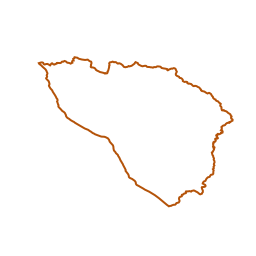 outline of Contralmirante Villar, Tumbes, Peru, rotated 282°
{"feature_id": "86281439B49517942967283", "entity_name": "Contralmirante Villar", "entity_type": "district", "adm_level": 2, "iso_a3": "PER", "parent_name": "Peru", "parent_adm1": "Tumbes", "projection": "equal_earth", "projection_center": [-80.726, -3.926], "detail": "fine", "context": "isolated", "style": "outline", "palette": "amber", "viewbox_px": 256, "rotation_deg": 282, "n_neighbors": 0, "source": "geoboundaries", "source_scale": "gbopen_adm2", "svg_char_len": 5896}
<svg xmlns="http://www.w3.org/2000/svg" viewBox="0 0 256 256"><g transform="rotate(282 128 128)"><path d="M156.9,228.7L157.9,228.6L158.1,228.4L158.7,227.1L159.1,226.8L159.9,226.6L160.6,227.0L160.8,226.9L161.0,226.8L161.5,225.9L162.4,225.5L162.6,225.3L163.0,224.5L163.5,222.9L164.5,221.3L164.8,220.2L164.9,218.6L165.4,218.0L165.3,217.5L164.9,217.2L164.9,216.2L166.3,215.4L167.7,215.1L168.2,214.7L168.7,213.8L169.0,213.6L169.6,213.5L170.9,213.7L171.2,213.2L171.8,211.7L172.7,210.7L173.0,208.8L173.3,208.3L174.1,207.7L174.1,206.7L174.9,205.4L175.3,204.9L176.2,204.5L177.0,203.3L178.4,202.2L179.2,200.4L179.2,199.9L178.3,198.6L178.8,196.9L179.5,195.2L179.6,192.3L179.9,192.1L180.1,191.6L180.5,191.6L180.9,191.3L181.1,190.7L182.0,189.8L182.4,189.2L182.7,187.6L183.2,186.4L183.2,184.7L182.7,183.9L182.6,183.2L183.0,182.4L184.1,180.7L184.2,178.8L183.9,178.0L184.2,176.8L185.0,176.6L185.2,176.4L185.3,175.7L185.3,175.0L184.9,174.0L184.8,173.6L185.3,171.9L186.6,171.5L187.4,170.5L187.8,169.6L187.8,168.1L188.1,167.7L188.7,167.3L189.2,164.9L189.8,163.9L190.4,163.6L191.2,163.5L192.8,164.0L193.4,164.0L193.9,163.4L195.7,162.2L196.1,161.2L196.0,160.1L195.2,159.0L195.1,157.9L194.5,157.2L194.0,156.2L193.1,155.5L192.7,154.9L192.8,154.5L193.4,154.4L193.8,154.0L193.8,151.7L193.7,151.1L193.7,148.4L194.6,147.2L194.7,146.5L194.5,144.4L194.3,143.7L193.3,142.6L193.0,140.8L192.3,140.0L192.2,139.7L192.3,138.8L192.1,137.6L192.1,136.5L191.8,134.2L191.9,133.7L192.5,132.8L192.5,132.3L192.3,131.4L191.4,129.4L191.4,129.0L191.6,127.6L192.3,125.1L192.5,124.8L193.5,124.1L194.0,121.7L193.4,121.3L192.3,121.0L189.6,118.6L188.6,116.7L188.7,115.7L187.8,114.9L186.9,112.8L186.9,111.7L187.0,111.2L187.4,110.7L188.3,109.7L189.3,107.5L189.5,105.8L189.3,105.4L189.0,105.1L188.9,104.4L189.8,102.7L189.8,101.5L189.4,100.7L189.7,99.4L189.7,99.1L189.1,98.3L188.4,96.6L187.9,96.3L187.0,96.2L186.2,96.7L185.3,96.9L184.8,96.6L183.6,96.9L179.7,96.7L179.0,96.2L178.2,96.5L177.7,96.4L177.2,96.2L176.7,94.9L177.0,94.6L176.8,94.1L176.6,93.9L176.5,93.7L176.8,93.3L176.9,90.9L176.9,89.0L177.5,87.0L177.6,86.0L178.1,85.1L178.2,84.5L179.3,83.6L179.8,82.3L179.9,80.9L179.7,79.6L179.9,79.0L180.2,78.8L181.7,78.8L182.1,78.6L182.7,78.7L183.0,78.8L183.9,78.8L184.7,78.5L185.2,78.1L185.4,76.6L186.5,74.4L185.8,72.4L185.6,71.5L185.4,68.7L185.5,66.0L185.6,65.2L186.2,63.9L186.1,62.0L186.2,61.2L186.0,60.9L185.1,60.9L184.2,60.0L182.7,60.8L182.4,60.0L181.9,59.6L180.8,59.5L180.3,60.0L179.1,58.6L179.0,58.4L179.3,57.6L179.4,56.1L179.2,55.1L180.1,53.6L180.4,52.1L180.2,51.7L179.5,51.1L179.3,50.1L179.0,49.5L178.2,49.2L177.6,48.5L177.4,48.1L177.1,46.2L177.0,45.4L176.9,45.1L176.5,45.2L176.3,45.0L176.0,44.3L175.5,44.0L175.4,43.4L174.9,43.1L174.7,42.7L174.7,42.1L174.9,41.4L175.5,40.5L175.5,40.2L175.1,39.7L174.1,39.2L173.1,38.9L173.1,38.3L173.5,37.7L173.9,35.9L173.6,34.7L172.8,33.3L172.8,32.7L173.1,32.2L174.1,31.5L174.3,30.8L174.2,29.9L173.9,29.1L172.9,27.3L172.3,27.8L171.1,30.3L170.0,31.9L168.2,35.1L167.0,36.3L166.3,36.7L165.0,37.7L164.4,37.9L162.7,37.5L161.5,38.2L160.8,38.1L159.9,37.6L159.5,37.6L158.7,38.5L157.6,40.3L156.6,41.1L154.9,42.0L154.0,42.1L153.3,41.8L152.5,42.1L150.5,44.0L149.0,46.1L148.0,46.7L144.9,49.8L143.3,51.2L142.3,51.9L141.4,53.0L140.1,53.4L139.1,53.1L138.5,53.6L136.7,54.6L135.9,55.3L135.0,55.3L134.4,55.5L133.9,56.1L132.2,58.6L130.9,60.3L130.5,61.6L129.7,63.0L127.6,64.7L127.2,64.7L126.8,64.9L125.7,66.0L125.2,66.9L124.7,68.5L123.8,70.2L123.0,72.6L122.7,73.9L122.1,75.0L120.6,79.5L118.5,85.9L117.9,89.5L117.1,91.2L116.8,92.3L115.7,94.6L115.6,95.5L115.0,97.1L114.1,103.1L114.1,104.2L114.5,106.5L114.4,107.9L113.7,110.5L112.4,112.0L110.9,112.9L110.3,113.6L107.9,116.9L106.6,117.6L104.9,118.1L103.1,118.9L102.5,119.7L101.7,120.8L100.9,121.4L99.6,123.6L98.4,124.4L97.3,125.6L94.4,127.7L93.8,128.5L93.1,128.9L91.9,130.2L90.7,131.0L87.6,133.6L86.4,134.5L85.6,134.5L82.7,137.9L81.4,138.7L80.4,139.0L79.9,139.5L79.5,140.4L79.0,142.7L77.7,145.6L76.6,146.8L75.4,147.2L74.6,147.7L74.1,148.4L73.4,151.0L73.1,151.8L72.0,155.3L71.2,157.4L70.1,162.0L67.9,168.2L65.8,172.8L61.0,181.9L59.9,184.3L60.4,185.0L60.8,186.3L61.3,186.8L62.4,188.6L62.7,189.9L63.2,190.4L64.6,191.0L65.7,193.1L66.4,193.4L67.4,193.6L69.3,192.6L70.7,192.6L71.6,193.5L72.4,194.8L73.8,194.6L74.1,194.9L74.3,195.7L75.5,196.5L76.3,198.1L76.7,198.2L77.5,197.8L78.1,198.0L78.3,199.3L79.1,201.6L78.9,202.9L79.7,203.4L80.6,205.4L80.4,206.5L80.0,207.6L79.8,208.6L79.3,209.9L79.0,210.4L78.2,211.9L78.2,212.6L79.2,214.0L79.9,214.0L80.8,214.5L81.5,214.4L82.4,214.2L84.0,213.0L85.1,212.5L85.5,212.6L86.4,215.2L86.9,215.7L87.3,215.9L87.8,215.8L88.4,215.3L89.2,212.6L89.6,212.6L90.4,212.8L91.3,213.2L92.4,214.7L94.7,215.3L96.3,216.3L97.2,218.0L98.4,218.3L99.4,218.8L100.2,220.5L101.0,220.9L103.4,220.5L104.3,220.6L105.4,219.6L106.0,220.1L106.5,220.3L106.9,220.2L107.6,219.7L108.4,219.9L109.3,220.3L110.3,219.5L111.2,219.5L112.2,219.8L112.8,219.7L113.8,219.3L114.8,218.4L116.2,218.4L117.4,217.4L118.4,217.1L119.2,216.2L121.5,215.1L122.5,216.0L123.1,216.0L124.9,216.6L125.5,216.4L126.0,216.0L126.7,216.7L127.1,216.6L127.2,216.4L126.9,215.4L127.5,215.0L128.3,215.2L128.9,214.9L129.4,214.9L130.0,214.5L131.0,214.5L131.4,215.1L131.7,215.1L132.0,214.7L132.5,215.1L132.8,216.1L133.2,216.3L134.3,216.4L134.9,215.7L135.6,215.6L136.2,216.4L136.2,216.9L136.6,217.1L136.4,217.8L136.7,218.0L137.1,217.8L137.3,217.1L138.4,216.9L138.5,216.7L139.0,216.8L138.9,215.9L139.2,215.8L139.6,216.1L139.8,216.6L140.2,217.0L140.6,216.8L140.9,217.0L141.0,217.4L140.8,218.0L141.0,218.8L142.2,220.2L142.4,219.9L142.6,219.9L143.2,221.4L143.5,221.4L144.0,221.1L144.4,221.2L144.6,220.7L145.1,220.5L145.1,219.8L145.4,220.0L146.0,219.6L146.5,219.9L146.9,219.9L147.6,219.7L148.3,219.2L149.0,219.8L149.6,220.0L150.4,220.9L150.5,221.5L151.1,222.3L152.4,222.9L153.5,223.9L154.1,225.2L154.0,225.3L154.1,225.8L154.6,225.6L155.0,226.0L155.2,227.0L156.0,227.5L156.9,228.7Z" fill="none" stroke="#b45309" stroke-width="2"/></g></svg>